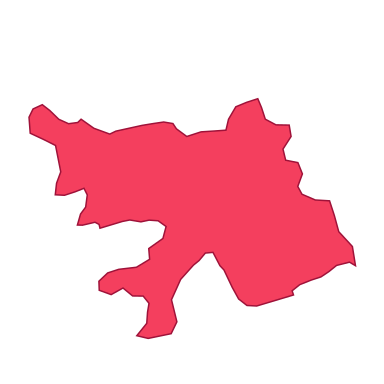 Paju-si, Gyeonggi, South Korea, rotated 252°
{"feature_id": "91817680B14253606839965", "entity_name": "Paju-si", "entity_type": "district", "adm_level": 2, "iso_a3": "KOR", "parent_name": "South Korea", "parent_adm1": "Gyeonggi", "projection": "robinson", "projection_center": [126.826, 37.84], "detail": "fine", "context": "isolated", "style": "filled", "palette": "rose", "viewbox_px": 384, "rotation_deg": 252, "n_neighbors": 0, "source": "geoboundaries", "source_scale": "gbopen_adm2", "svg_char_len": 1366}
<svg xmlns="http://www.w3.org/2000/svg" viewBox="0 0 384 384"><g transform="rotate(252 192 192)"><path d="M186.0,93.3L185.5,116.7L184.6,124.2L179.4,134.2L178.5,142.5L175.1,150.9L167.2,156.7L156.8,150.0L151.6,133.4L141.1,130.9L137.6,115.9L141.1,98.4L141.1,86.8L135.9,75.9L127.2,73.4L119.4,83.4L122.0,96.7L111.5,103.4L108.1,113.4L99.4,116.7L91.5,112.6L81.1,108.4L72.4,95.1L66.3,105.1L63.7,128.4L73.2,137.5L95.9,139.2L112.4,154.2L122.0,170.8L124.6,177.5L129.8,185.8L128.1,193.3L113.3,195.8L108.0,198.3L88.9,200.8L75.8,203.3L67.1,209.2L63.6,218.3L62.7,256.7L67.1,256.7L70.6,265.9L71.4,278.4L71.4,288.4L74.0,297.6L77.5,306.8L76.6,320.1L71.4,324.7L90.6,327.7L108.9,319.3L125.4,320.1L141.1,320.1L146.3,306.8L155.9,295.9L164.6,294.3L175.1,302.6L187.2,301.8L193.3,290.9L204.7,291.8L214.2,303.4L225.6,305.1L229.9,292.6L238.6,284.2L250.8,284.2L260.4,283.4L260.4,271.7L259.5,260.0L249.9,249.2L240.3,243.4L243.0,232.5L246.4,219.2L246.4,204.2L256.9,196.7L263.0,195.0L267.3,186.7L269.0,176.7L270.8,165.0L273.4,138.4L272.5,131.7L282.9,118.4L295.5,109.0L293.4,104.8L295.1,95.7L302.3,87.8L313.5,81.9L321.3,76.6L320.1,66.5L313.5,60.1L297.9,56.3L287.9,67.0L278.4,76.6L251.7,73.4L242.2,65.9L231.6,61.1L228.3,69.7L228.3,80.8L228.9,90.4L221.6,91.5L210.5,86.2L205.5,79.2L196.0,72.8L194.3,77.6L193.2,90.4L189.9,93.6L186.0,93.3Z" fill="#f43f5e" stroke="#9f1239" stroke-width="1.5"/></g></svg>